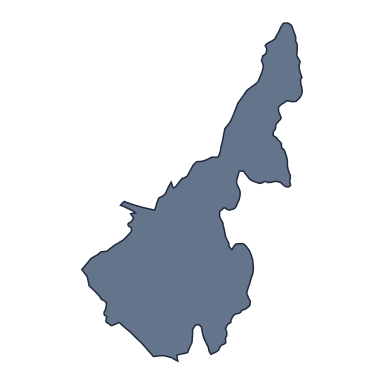 Khanaqin, Diyala, Iraq (Natural Earth projection)
{"feature_id": "34846034B8709315351100", "entity_name": "Khanaqin", "entity_type": "district", "adm_level": 2, "iso_a3": "IRQ", "parent_name": "Iraq", "parent_adm1": "Diyala", "projection": "natural_earth1", "projection_center": [45.457, 34.523], "detail": "fine", "context": "isolated", "style": "filled", "palette": "slate", "viewbox_px": 384, "rotation_deg": 0, "n_neighbors": 0, "source": "geoboundaries", "source_scale": "gbopen_adm2", "svg_char_len": 5449}
<svg xmlns="http://www.w3.org/2000/svg" viewBox="0 0 384 384"><path d="M111.7,325.7L119.3,322.5L121.9,325.0L125.6,328.2L126.7,329.1L130.4,332.2L136.4,338.2L141.5,342.9L147.4,349.6L153.4,356.5L158.9,355.9L163.2,355.6L166.6,356.3L170.8,357.5L171.8,357.8L176.1,360.3L177.9,361.0L177.2,358.5L176.9,355.2L178.8,354.6L181.8,353.8L184.0,353.6L187.3,352.6L187.8,352.4L188.8,349.3L191.0,344.5L192.0,342.4L192.6,333.9L192.6,329.4L193.8,327.7L194.9,325.8L195.1,325.5L195.2,325.4L197.3,324.8L198.9,324.8L200.5,326.1L201.5,327.3L201.8,329.3L202.4,332.5L203.1,335.4L203.9,338.3L205.2,340.9L206.4,343.5L207.3,345.3L208.3,347.2L208.9,350.5L209.6,352.3L210.4,353.0L210.8,354.3L213.5,353.2L216.2,351.9L218.3,350.3L218.4,350.2L218.5,350.0L220.2,346.6L220.4,346.3L220.6,346.1L220.8,345.8L222.0,344.9L223.6,344.3L225.1,343.4L225.4,343.1L225.5,342.9L225.8,342.6L225.5,340.5L225.5,338.6L226.0,336.8L226.0,336.7L226.2,336.4L226.4,336.3L226.7,336.0L226.7,335.4L226.8,333.7L226.7,331.8L226.3,330.5L225.5,328.6L226.3,327.2L226.7,326.1L227.3,325.0L227.4,324.8L227.5,324.7L228.6,323.8L230.4,322.7L230.7,322.4L231.0,322.1L230.8,320.6L232.0,318.1L233.0,316.3L233.0,316.2L233.2,315.9L234.6,314.5L236.3,313.9L237.6,313.6L238.8,313.2L239.9,312.8L240.8,312.1L241.0,311.7L241.9,310.4L242.1,310.1L243.8,309.6L245.0,309.4L246.7,308.1L248.8,306.6L249.0,306.5L249.1,306.2L250.0,304.8L250.2,302.9L250.2,301.0L248.4,297.6L247.1,294.4L246.9,293.4L246.9,291.9L247.9,288.7L248.8,285.8L249.8,283.4L251.0,278.6L252.4,274.8L253.1,272.0L253.4,268.4L253.2,265.1L252.7,260.2L251.3,255.3L249.3,250.5L246.5,246.7L244.6,244.6L242.8,243.7L241.1,243.7L239.2,243.7L236.4,243.9L235.1,244.7L235.1,244.8L234.8,245.1L233.2,247.3L232.2,249.4L232.0,249.8L231.9,249.8L231.1,249.0L229.2,246.5L228.9,245.0L228.9,243.5L227.9,241.6L226.3,238.2L225.5,236.7L225.3,234.8L224.8,232.7L224.4,230.4L223.9,228.1L223.1,225.6L222.9,222.8L221.7,220.9L220.2,218.2L219.6,216.3L219.6,213.3L219.8,211.3L219.8,211.2L220.1,211.0L222.2,209.5L222.5,209.2L223.1,208.4L223.4,208.0L224.3,208.0L225.1,207.8L226.0,208.7L227.3,209.5L228.4,209.9L229.9,210.1L231.5,209.5L233.7,208.9L234.7,208.2L235.0,207.9L236.0,206.7L236.2,206.3L237.8,202.5L239.2,199.6L240.2,194.5L240.0,191.3L239.3,189.2L237.8,186.1L236.8,183.5L236.6,182.3L236.6,180.1L237.6,177.0L238.8,172.5L239.3,171.4L239.5,171.1L241.0,171.1L243.3,171.1L244.8,173.0L246.5,175.1L249.1,178.5L251.8,180.6L255.4,182.0L259.2,183.3L260.6,183.3L261.9,182.9L263.3,182.3L264.3,181.6L265.3,181.6L266.7,181.8L267.6,182.5L268.4,182.5L271.5,182.3L273.2,181.8L274.6,181.4L276.3,181.4L278.4,181.8L280.6,182.5L282.5,184.2L283.5,185.2L285.5,186.5L286.9,186.9L288.6,186.9L289.7,186.3L290.2,185.7L290.5,185.4L290.5,184.4L290.0,182.7L289.8,181.4L289.8,180.1L290.3,178.7L290.3,177.0L290.3,175.1L289.5,173.4L288.4,170.4L287.8,168.1L287.4,165.6L287.4,163.9L287.4,162.4L287.4,160.7L286.9,158.0L285.9,154.6L284.7,151.0L283.3,148.9L282.1,148.7L281.6,147.0L281.4,145.5L281.4,143.6L280.7,142.6L278.2,140.0L276.4,137.5L274.6,136.4L273.2,135.6L273.2,133.5L273.5,131.4L275.4,129.0L275.7,126.5L276.1,124.0L278.0,122.1L279.0,120.8L280.4,119.5L281.0,118.3L281.0,117.4L279.8,114.3L278.6,111.7L278.5,109.6L278.5,107.5L279.3,106.2L281.5,104.3L284.3,102.6L286.7,100.9L287.7,100.9L288.9,100.9L289.9,101.4L291.3,101.6L292.5,101.6L294.7,101.6L296.3,101.2L298.1,99.3L299.5,98.2L300.5,96.5L301.4,95.0L301.9,93.8L302.2,90.8L301.7,87.2L300.9,84.3L300.7,81.5L300.5,79.6L301.8,77.7L302.0,77.5L300.4,73.1L299.7,70.5L299.2,68.4L299.2,65.3L300.1,61.5L298.4,58.5L296.8,55.8L296.8,53.9L297.2,49.9L297.2,46.5L297.2,44.8L296.5,42.9L295.6,41.0L295.8,37.6L294.4,33.0L292.7,28.7L291.8,26.0L290.5,24.5L288.1,23.1L287.9,23.0L285.5,23.0L283.3,23.3L280.7,27.3L278.7,31.9L275.8,36.8L275.1,38.9L272.2,40.8L269.3,42.3L267.1,43.5L265.2,45.6L266.6,48.2L266.7,49.6L266.1,53.0L264.7,54.7L262.6,56.0L262.3,58.5L261.4,60.0L263.2,65.3L263.2,67.6L262.1,71.6L260.6,75.6L258.9,79.4L258.2,81.7L255.3,84.1L251.7,86.8L248.0,89.5L246.4,91.0L244.7,93.6L242.7,96.7L240.1,100.1L238.0,102.9L236.7,106.4L235.0,110.9L234.8,111.3L233.6,114.3L232.8,116.2L232.6,116.6L232.1,117.8L230.3,121.6L228.5,124.2L228.2,124.5L225.1,128.3L224.9,128.6L223.3,136.4L222.3,142.1L220.9,147.2L220.3,151.4L219.1,155.0L217.9,157.0L217.7,157.3L213.1,157.1L211.0,157.5L207.4,159.4L203.0,161.1L201.3,161.3L198.2,161.6L197.1,161.6L195.3,162.8L193.3,165.1L193.0,165.4L191.0,169.2L187.2,176.1L187.0,176.3L186.9,176.4L184.0,178.0L181.9,178.5L181.7,178.8L178.8,182.5L176.0,186.2L175.7,186.5L174.9,187.3L173.5,187.7L172.7,186.7L171.2,182.1L170.9,182.5L168.2,187.4L166.3,191.6L165.2,193.9L165.2,194.1L165.0,194.3L162.0,196.4L159.1,197.8L158.9,197.9L158.8,198.2L157.0,202.6L155.5,207.8L154.8,209.7L154.7,210.1L143.7,207.7L133.1,204.7L126.4,202.3L124.4,201.4L122.3,203.2L120.5,205.3L123.3,206.3L132.5,210.7L135.6,212.9L130.6,213.7L133.6,218.0L132.0,220.8L130.3,222.4L128.7,223.0L128.0,224.1L128.0,225.1L128.3,225.7L129.3,226.6L131.4,227.8L131.5,230.5L130.9,232.0L128.4,234.7L125.5,237.9L123.1,240.1L119.2,242.4L117.6,243.6L115.7,244.4L110.7,248.1L107.9,250.4L106.7,251.3L104.6,251.5L101.1,251.8L97.0,255.1L93.8,256.8L91.1,258.4L86.2,264.4L81.8,269.5L84.4,273.0L87.3,276.8L89.2,285.9L94.9,291.3L99.4,296.0L101.3,299.3L104.7,301.0L106.5,303.2L106.3,305.5L105.8,308.3L105.2,310.1L104.2,311.9L104.0,313.2L104.0,314.0L104.6,315.2L106.2,316.3L106.8,317.2L106.3,318.4L106.1,319.2L105.9,320.9L106.3,322.3L108.0,323.3L109.4,324.3L110.8,325.5L111.7,325.7Z" fill="#64748b" stroke="#1e293b" stroke-width="1.5"/></svg>